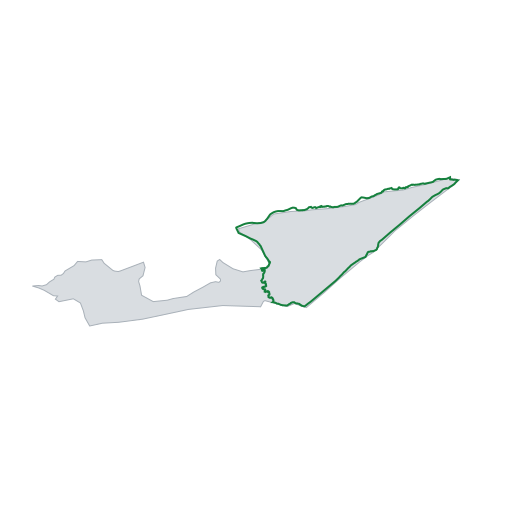 location of Be'er Sheva, HaDarom, Israel, rotated 246°
{"feature_id": "584046B9730835639199", "entity_name": "Be'er Sheva", "entity_type": "district", "adm_level": 2, "iso_a3": "ISR", "parent_name": "Israel", "parent_adm1": "HaDarom", "projection": "equal_earth", "projection_center": [34.955, 30.496], "detail": "fine", "context": "in_parent", "style": "outline", "palette": "green", "viewbox_px": 512, "rotation_deg": 246, "n_neighbors": 0, "source": "geoboundaries", "source_scale": "gbopen_adm2", "svg_char_len": 7389}
<svg xmlns="http://www.w3.org/2000/svg" viewBox="0 0 512 512"><g transform="rotate(246 256 256)"><path d="M319.5,39.5L317.5,45.3L315.6,48.4L315.0,53.0L316.3,56.8L317.0,62.0L318.5,63.5L319.0,66.9L317.7,70.2L318.3,72.9L320.0,75.5L321.2,85.9L323.6,90.8L319.8,98.2L319.1,104.3L315.4,113.6L311.1,114.3L301.0,119.4L299.6,120.9L297.8,123.9L297.5,126.2L296.1,150.7L290.6,150.0L283.9,144.7L282.6,140.0L280.5,138.4L275.8,137.8L266.7,135.5L256.1,143.6L251.7,157.0L250.8,163.2L247.2,176.3L248.4,184.4L249.1,194.9L250.0,203.5L249.0,208.6L247.0,211.4L247.6,213.4L249.4,214.1L255.2,211.7L261.3,214.1L267.1,218.5L267.6,221.4L263.5,223.1L253.7,229.8L246.8,237.6L245.0,244.8L240.3,260.2L240.9,263.4L243.2,265.2L259.2,263.6L273.7,257.4L284.6,250.7L288.0,251.1L285.8,268.1L283.9,278.5L284.7,280.3L287.1,289.3L282.5,305.9L277.3,319.3L275.5,325.7L270.4,339.9L265.3,356.5L262.5,367.9L263.1,371.9L261.9,392.8L262.6,398.8L256.5,416.9L255.3,425.9L252.8,438.1L248.6,463.9L242.9,472.5L240.0,462.9L233.5,435.3L228.8,416.5L222.5,393.3L211.8,365.1L210.8,358.3L208.5,348.5L201.2,322.9L195.2,304.5L188.4,281.0L197.0,271.6L197.1,264.0L211.6,246.0L211.5,244.3L207.7,239.5L208.2,238.7L224.3,205.4L234.7,172.5L244.4,126.8L251.3,103.6L257.1,88.3L259.7,75.6L269.1,74.7L276.1,76.0L284.5,76.5L291.2,71.7L294.4,57.4L298.2,55.2L300.1,58.5L302.1,54.8L310.9,48.5L315.2,44.5L319.5,39.5Z" fill="#d9dde1" stroke="#a8b0b8" stroke-width="1"/><path d="M242.6,255.7L241.6,256.0L241.0,255.9L240.6,255.6L240.0,255.6L239.8,255.8L239.8,256.1L240.0,257.1L240.4,257.6L240.4,258.3L239.5,258.3L238.6,257.5L238.1,257.5L237.9,257.1L237.5,256.8L237.0,256.1L236.9,255.7L236.7,255.6L236.6,255.2L236.0,254.9L235.6,254.6L234.8,254.5L234.4,254.2L233.8,254.0L233.5,253.7L232.9,253.4L232.6,252.7L231.7,251.7L231.4,250.8L229.4,250.8L229.1,251.0L228.6,251.6L228.5,252.2L229.0,253.0L229.1,253.5L229.0,253.9L228.9,254.1L228.7,254.1L228.3,253.3L227.9,253.2L227.4,253.2L227.2,253.6L226.5,253.7L226.0,253.6L225.3,252.9L225.1,252.9L224.8,253.2L224.6,253.2L224.4,253.1L224.3,252.7L224.3,251.8L224.4,250.6L224.8,250.3L224.8,249.1L224.7,248.9L224.5,248.7L223.8,248.7L223.2,248.9L223.0,249.3L222.7,249.4L222.5,249.8L221.8,250.0L221.7,250.7L221.3,250.7L221.1,250.3L220.2,249.6L219.9,249.4L219.7,249.6L219.5,250.2L219.2,250.3L219.3,251.2L219.3,252.0L219.1,252.5L218.5,252.3L218.2,252.3L218.1,253.2L217.8,253.3L217.3,252.9L216.6,253.1L215.4,252.7L215.2,252.5L215.2,251.6L215.0,251.2L214.3,251.2L213.8,250.8L213.4,250.7L212.5,251.3L212.4,251.6L212.2,251.7L212.0,251.9L212.1,253.2L211.2,253.9L210.7,253.6L210.3,253.7L210.0,254.0L209.7,254.0L209.5,253.8L209.2,253.7L208.6,254.0L207.5,253.5L207.1,252.4L206.9,252.8L205.8,254.1L205.4,254.8L203.9,255.8L203.5,256.8L203.2,257.1L202.7,257.5L201.9,258.3L201.4,258.6L201.2,259.0L200.2,260.3L199.9,260.5L199.8,261.1L199.0,262.4L198.9,262.8L198.5,263.2L198.2,264.2L198.3,265.9L198.6,266.8L198.5,268.0L198.9,268.6L198.9,269.9L198.9,270.5L198.5,271.2L198.4,271.8L198.2,272.1L196.9,272.8L196.7,273.1L196.1,273.8L195.8,274.6L195.2,275.2L194.7,276.0L194.1,276.4L193.3,276.6L193.0,277.0L192.7,277.0L192.4,277.4L191.9,277.6L191.4,278.4L190.8,279.0L190.3,279.8L190.6,281.5L191.3,284.1L192.0,287.4L200.9,318.5L202.6,323.2L203.2,324.4L204.2,327.2L205.4,329.7L205.8,331.4L207.5,335.4L208.1,337.3L208.8,338.7L209.6,342.8L209.8,344.2L210.1,345.1L210.2,346.7L210.7,348.7L210.9,349.1L210.6,355.4L210.8,355.9L212.2,357.5L212.4,358.0L213.1,358.6L213.4,359.1L213.9,359.6L214.0,359.8L214.0,360.8L213.9,361.1L213.7,361.4L213.6,362.0L213.7,362.7L213.5,363.2L213.2,363.4L213.1,364.4L212.7,365.1L212.7,368.4L213.1,369.0L213.2,369.4L214.1,370.0L214.7,371.0L215.3,371.3L216.1,372.0L216.7,372.2L217.5,372.9L217.8,373.0L218.3,373.5L218.6,374.1L218.8,374.7L219.2,375.3L219.6,377.6L223.0,388.6L226.0,399.5L229.9,412.3L233.2,424.6L236.1,434.4L236.3,435.7L237.5,439.1L237.8,439.7L238.0,440.4L238.3,441.0L238.7,444.7L238.7,446.8L238.9,449.0L239.8,451.7L240.3,452.7L240.7,454.0L240.6,457.4L240.2,458.0L239.7,459.2L240.3,461.2L240.4,462.6L240.9,465.7L241.2,466.7L241.9,468.1L243.0,471.0L243.1,470.8L243.7,470.6L245.0,468.4L245.1,467.6L246.2,466.0L246.6,465.1L247.1,464.5L249.0,465.3L249.0,461.7L249.2,460.6L249.5,460.2L249.7,459.4L249.9,459.1L250.4,457.8L250.6,457.1L251.2,456.0L251.3,455.5L251.8,455.1L252.0,454.6L252.4,452.8L252.6,451.2L252.5,450.6L252.3,450.0L252.1,448.8L251.8,448.2L251.8,447.2L252.2,445.1L252.5,444.0L252.6,442.9L252.9,442.1L253.1,440.3L253.3,440.2L253.4,439.5L253.5,439.1L253.8,438.9L254.1,438.4L254.3,438.3L254.5,437.7L254.8,436.1L255.1,435.4L254.9,434.5L255.2,433.6L255.3,433.2L255.5,433.1L255.6,432.2L255.9,431.6L256.1,430.9L256.3,430.7L256.4,429.9L257.1,428.9L257.2,428.6L257.2,428.1L257.7,427.7L257.8,427.4L257.8,426.8L257.7,425.9L257.8,423.4L257.7,423.1L257.4,422.9L257.2,422.7L257.3,422.1L257.8,421.4L257.9,420.9L257.8,420.4L257.2,420.1L257.2,419.6L257.4,419.3L257.6,419.2L257.8,418.7L258.2,418.6L258.4,418.3L258.4,418.0L258.2,417.6L258.2,417.3L259.1,415.5L259.8,415.1L260.3,415.0L260.5,414.7L260.5,414.3L260.2,413.8L260.0,413.7L259.8,413.4L259.4,413.3L259.3,412.9L259.3,412.5L260.4,409.8L260.5,409.7L260.7,409.2L261.6,407.8L261.8,407.7L263.0,407.5L263.1,406.5L263.4,405.2L263.2,404.9L263.7,403.9L263.8,402.3L264.3,400.9L264.1,400.4L264.2,399.7L263.9,399.1L263.5,398.7L263.4,398.6L263.7,398.2L263.6,397.3L263.4,397.2L263.2,396.8L262.9,396.6L262.8,396.1L263.4,391.7L263.4,391.4L263.2,390.7L263.2,390.0L263.2,389.2L262.9,388.1L262.9,387.4L263.0,387.2L263.3,385.8L263.0,383.1L263.2,382.6L263.2,381.9L263.3,381.6L263.6,381.3L263.7,380.7L265.5,378.2L266.6,376.4L266.7,376.1L266.4,374.9L264.5,370.0L264.4,368.5L264.1,367.9L264.1,366.1L264.7,365.0L264.9,364.3L265.3,363.7L265.7,362.6L265.8,362.3L266.1,361.9L266.2,361.0L266.8,359.4L266.9,356.0L267.0,355.2L267.4,354.9L267.7,353.9L267.7,350.7L268.0,349.7L269.0,347.5L269.1,346.3L269.6,345.5L270.6,344.2L270.9,343.6L271.1,343.7L271.3,343.2L271.5,343.1L271.7,342.8L272.0,342.6L272.4,342.1L272.9,340.7L272.7,340.1L273.2,339.3L273.1,338.8L273.4,338.2L273.5,338.1L273.7,337.1L273.8,336.8L274.0,336.7L274.1,336.4L274.2,336.2L274.8,336.3L275.1,336.1L275.2,335.0L274.5,334.7L274.6,334.4L274.9,334.0L274.9,333.7L275.2,333.1L275.3,330.5L275.7,330.5L275.9,330.2L276.4,330.1L276.7,329.5L276.8,329.2L276.9,327.2L277.0,327.0L277.5,326.7L277.7,326.3L278.5,326.2L279.0,324.2L278.6,323.5L278.1,321.6L278.3,318.7L278.7,317.9L278.8,317.2L279.0,317.1L279.2,316.3L279.5,315.8L279.8,314.7L280.5,313.3L281.3,312.4L281.7,312.0L283.4,311.9L283.8,311.4L284.2,311.1L285.2,309.4L285.4,307.6L285.3,303.8L285.4,303.1L285.7,301.4L285.8,299.7L286.0,298.9L287.4,296.0L287.9,294.9L288.2,294.0L288.6,292.2L288.8,290.2L288.7,288.7L288.3,286.2L287.9,285.3L285.5,281.4L284.6,279.4L284.3,279.0L283.8,277.0L283.8,276.1L284.2,273.8L285.4,270.4L287.4,266.8L287.9,266.1L288.8,263.6L289.3,261.8L289.8,259.5L290.0,257.3L290.0,252.6L290.1,249.8L290.0,249.5L289.2,249.3L285.0,249.5L284.5,249.4L284.1,249.5L278.1,254.9L274.1,258.1L272.5,259.7L269.6,262.2L268.4,262.9L266.4,263.4L265.2,263.9L264.2,263.9L263.3,264.3L252.1,264.4L251.5,264.7L250.7,264.7L249.9,265.1L248.7,265.3L247.7,265.6L246.6,265.5L245.8,265.9L245.4,265.7L245.2,266.1L244.9,266.3L244.7,266.3L243.5,265.3L243.4,264.9L243.0,264.4L242.6,264.2L242.2,263.7L242.1,263.4L241.9,263.3L241.8,263.1L241.7,262.1L241.3,261.7L241.0,261.0L241.3,259.3L241.4,259.0L241.6,258.9L241.7,258.1L242.0,257.8L242.1,257.4L242.4,256.8L242.6,255.7Z" fill="none" stroke="#15803d" stroke-width="2"/></g></svg>